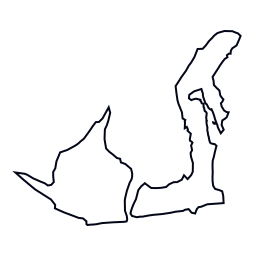 the district of Brass, Bayelsa, Nigeria
{"feature_id": "59680162B87797979497124", "entity_name": "Brass", "entity_type": "district", "adm_level": 2, "iso_a3": "NGA", "parent_name": "Nigeria", "parent_adm1": "Bayelsa", "projection": "equal_earth", "projection_center": [6.404, 4.514], "detail": "fine", "context": "isolated", "style": "outline", "palette": "ink", "viewbox_px": 256, "rotation_deg": 0, "n_neighbors": 0, "source": "geoboundaries", "source_scale": "gbopen_adm2", "svg_char_len": 5205}
<svg xmlns="http://www.w3.org/2000/svg" viewBox="0 0 256 256"><path d="M220.8,133.3L222.4,131.3L223.7,129.7L221.6,125.0L222.3,120.4L224.7,118.9L226.7,117.3L228.6,112.3L226.7,112.1L224.2,110.6L221.7,106.6L220.9,103.3L222.4,101.6L223.4,99.4L222.0,97.9L220.3,95.5L219.4,90.5L216.7,88.0L213.9,85.0L213.6,81.0L212.6,76.9L217.5,69.4L220.2,65.1L222.8,61.4L224.8,58.9L227.4,57.3L226.9,55.2L229.0,53.6L230.6,53.7L230.7,52.4L230.9,50.6L232.3,48.3L234.4,46.9L236.6,45.4L238.6,40.8L240.6,35.9L238.0,33.4L235.2,32.4L232.4,31.2L227.8,31.1L224.5,31.0L220.1,32.2L217.7,33.0L217.1,33.3L214.2,35.6L212.2,37.9L208.7,41.4L208.4,41.9L206.0,45.2L202.7,48.8L197.6,49.0L194.5,56.9L191.2,62.5L188.7,65.8L188.3,66.5L186.0,70.7L181.4,77.1L177.6,83.1L175.6,86.1L176.5,93.5L177.5,100.4L177.9,101.7L178.3,103.2L178.6,104.1L182.0,112.5L182.1,114.0L182.5,117.5L182.6,118.5L183.5,118.9L185.0,119.8L185.3,120.0L184.9,120.6L184.7,121.3L185.0,121.9L184.8,128.2L186.8,126.9L187.9,129.3L187.5,130.6L188.3,131.4L190.8,133.7L189.8,139.4L190.0,140.7L191.5,141.6L192.5,142.6L191.1,145.5L192.1,150.2L190.6,152.9L191.0,156.7L192.9,163.0L192.8,171.6L191.2,175.1L187.6,179.1L184.0,175.3L181.8,179.7L177.2,182.1L173.6,182.2L169.1,184.3L166.1,187.0L161.2,187.8L157.0,188.1L151.2,188.0L149.0,186.4L148.2,185.8L144.8,183.2L143.9,184.1L141.4,186.1L138.3,190.1L136.0,199.1L133.9,203.4L133.1,205.2L133.0,205.3L132.9,205.5L132.8,206.1L132.7,206.2L132.5,206.7L131.1,210.7L130.5,213.6L132.2,216.1L133.6,216.3L135.2,216.8L136.8,217.2L139.0,216.9L139.5,216.7L142.3,216.7L147.6,215.7L148.5,215.5L148.8,215.5L152.9,214.9L161.6,214.1L170.0,212.9L175.7,211.7L183.0,210.9L184.9,209.8L188.6,209.1L191.6,212.7L195.1,213.5L196.8,209.1L198.6,207.1L201.0,206.8L207.2,204.3L223.6,203.1L223.3,197.2L223.2,195.8L222.2,191.3L219.6,190.2L215.1,188.9L214.1,187.3L213.2,185.8L212.8,182.9L212.6,181.3L212.5,176.3L212.6,175.5L212.7,171.7L212.6,168.6L212.5,166.2L212.7,160.8L213.9,156.6L214.8,152.4L215.8,148.4L216.5,145.8L216.1,145.5L215.9,145.2L215.2,144.6L214.7,144.1L213.6,144.0L213.0,143.9L212.7,143.8L212.3,143.7L212.0,143.6L211.6,143.5L211.3,143.4L210.9,143.3L210.7,143.1L210.4,142.9L210.3,142.7L210.2,142.6L210.1,142.4L210.0,142.1L209.9,142.1L209.8,141.8L209.7,141.7L209.6,141.2L209.5,140.7L209.4,140.3L209.3,139.9L209.2,139.8L209.2,139.5L209.1,139.1L209.0,138.6L208.9,138.0L208.8,137.4L208.8,137.1L208.7,136.6L208.5,136.1L208.4,136.0L208.3,135.8L208.3,135.5L208.2,135.2L208.0,134.3L207.9,133.9L207.9,133.1L207.8,132.6L207.8,132.3L207.7,132.0L207.6,131.8L207.5,131.4L207.4,131.0L207.4,130.6L207.4,130.3L207.3,130.0L207.3,128.8L207.3,128.7L207.4,128.0L207.4,127.4L207.3,126.9L207.2,126.5L207.1,126.4L207.0,125.9L206.9,125.5L206.9,125.2L206.8,124.6L206.7,124.2L206.6,123.7L206.5,123.1L206.5,122.8L206.5,121.9L206.5,121.6L206.7,121.4L206.8,121.1L206.8,120.6L206.7,120.5L206.6,120.4L206.4,120.3L206.4,118.9L206.3,118.3L206.2,117.2L206.2,116.9L206.2,116.7L206.3,116.4L206.4,116.2L206.5,115.8L206.5,115.0L206.6,114.2L206.7,113.9L206.7,113.5L206.6,113.1L206.5,112.9L206.5,112.7L206.4,112.5L206.3,112.3L206.1,112.0L205.9,111.8L205.7,111.7L205.4,111.5L205.3,111.4L205.1,111.3L205.0,111.2L204.9,110.9L204.7,110.8L204.7,110.6L204.6,110.4L204.5,110.2L204.4,109.7L204.3,109.2L204.2,108.7L204.2,108.2L204.1,107.8L204.0,107.7L203.9,107.6L203.8,107.4L203.7,107.2L203.5,106.9L203.5,106.6L203.6,105.6L203.6,104.5L203.5,104.2L203.4,104.0L203.3,103.8L203.3,103.7L202.2,103.5L202.0,103.4L201.9,103.2L201.7,103.1L201.5,102.8L201.4,102.7L201.3,102.2L201.2,101.8L201.1,101.6L201.1,101.4L200.9,101.2L200.7,101.1L200.6,100.9L200.3,100.7L200.2,100.5L200.2,100.3L200.1,100.0L200.1,99.9L200.2,99.7L195.9,98.7L193.2,99.4L191.3,100.1L188.9,98.3L189.3,94.8L194.2,91.3L201.4,89.0L202.9,93.7L202.9,95.2L203.2,96.9L204.9,101.8L205.5,103.3L206.9,104.5L208.4,107.7L209.8,109.1L211.0,109.7L211.5,109.3L213.0,112.5L214.3,116.3L214.8,118.4L215.2,119.6L215.8,121.2L215.7,123.1L215.6,123.3L215.5,123.5L214.5,123.5L214.3,123.4L214.2,123.3L213.9,123.2L213.7,123.0L213.7,122.7L213.4,122.4L213.1,122.3L213.1,122.5L213.3,122.7L213.4,122.8L213.5,123.3L213.8,123.5L214.1,123.6L214.4,123.8L215.5,123.7L215.8,123.4L215.9,123.2L216.0,123.2L216.0,122.6L216.0,121.7L216.4,122.9L217.3,125.0L217.7,126.8L218.3,128.3L220.8,133.3ZM15.4,172.5L23.0,179.3L35.1,189.4L51.0,199.5L55.2,204.9L54.9,208.3L60.6,210.9L64.3,212.5L78.7,217.9L83.0,218.4L86.4,221.3L86.4,222.8L86.5,224.2L87.5,225.0L89.9,224.7L93.7,224.5L96.5,224.2L101.9,223.1L113.2,222.3L117.8,222.1L124.3,221.8L126.6,221.4L127.2,219.4L126.8,216.1L125.7,212.8L125.0,210.8L124.8,201.0L125.0,198.8L126.9,190.7L129.8,182.4L131.5,179.4L132.1,176.9L132.2,173.5L131.1,168.9L125.3,164.0L120.9,162.4L120.1,158.8L116.9,158.0L113.0,154.6L109.2,151.7L106.1,148.5L104.6,139.6L104.6,137.4L104.7,134.5L104.9,129.3L106.6,125.8L108.2,121.1L110.2,112.8L108.7,107.3L106.6,111.1L102.5,118.5L98.9,122.0L95.8,122.1L92.6,126.4L89.8,130.6L89.0,131.7L84.0,138.6L80.7,141.3L78.2,143.6L75.6,145.4L72.2,147.3L67.2,150.0L66.6,150.2L60.1,152.4L58.7,155.9L56.5,161.2L56.2,162.7L55.3,168.3L53.2,172.0L53.2,176.4L53.8,182.0L51.2,184.9L48.8,185.3L47.9,185.5L45.8,184.0L44.6,183.2L40.3,181.5L37.7,180.3L33.4,178.5L27.8,175.1L25.3,173.9L23.4,173.6L15.4,172.5Z" fill="none" stroke="#020617" stroke-width="2"/></svg>